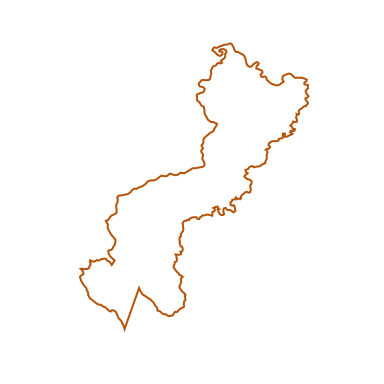 Amaralina, Goiás, Brazil (Robinson projection), rotated 112°
{"feature_id": "56859067B2639795556258", "entity_name": "Amaralina", "entity_type": "district", "adm_level": 2, "iso_a3": "BRA", "parent_name": "Brazil", "parent_adm1": "Goiás", "projection": "robinson", "projection_center": [-49.631, -13.842], "detail": "fine", "context": "isolated", "style": "outline", "palette": "amber", "viewbox_px": 384, "rotation_deg": 112, "n_neighbors": 0, "source": "geoboundaries", "source_scale": "gbopen_adm2", "svg_char_len": 6019}
<svg xmlns="http://www.w3.org/2000/svg" viewBox="0 0 384 384"><g transform="rotate(112 192 192)"><path d="M143.3,139.6L141.4,137.9L139.7,136.9L137.8,134.9L136.6,135.3L133.2,135.2L131.6,135.7L130.3,136.4L129.0,136.7L127.3,136.7L126.0,137.5L125.1,139.5L123.8,138.4L122.9,136.9L120.9,136.4L119.9,138.6L117.9,138.9L115.2,137.0L114.1,135.2L113.6,133.3L112.6,131.7L111.6,131.0L110.4,131.5L109.3,130.2L108.6,128.8L107.2,128.1L103.8,129.6L103.1,127.5L105.0,127.2L106.0,126.3L105.2,124.8L102.3,122.3L101.5,121.3L100.3,120.6L99.8,123.5L98.2,123.3L97.8,121.6L96.9,120.0L95.2,120.1L95.6,122.4L94.2,123.5L93.5,125.8L90.4,124.4L88.8,124.6L88.6,122.9L87.7,121.1L86.0,121.6L84.9,122.4L84.0,123.5L81.9,123.5L80.5,124.2L80.7,122.9L79.6,121.9L77.7,123.1L75.6,123.2L73.4,121.7L70.4,120.1L69.8,118.5L68.2,118.4L66.7,117.6L65.6,118.1L63.9,121.3L62.5,121.9L61.6,120.6L59.5,119.9L58.3,122.1L56.0,124.5L54.1,124.2L52.5,123.2L50.8,124.2L49.5,124.5L50.0,128.1L48.2,128.8L46.6,127.4L45.1,127.4L44.7,129.3L44.8,132.6L47.5,139.4L47.0,141.2L46.3,142.6L45.7,144.4L45.7,146.1L46.4,147.3L49.5,150.4L50.9,151.2L53.5,150.5L54.5,149.6L55.2,148.4L59.2,150.7L60.2,151.5L61.0,152.4L61.5,154.0L61.9,157.6L61.7,159.9L59.9,164.6L57.8,166.2L57.5,167.8L58.5,169.0L59.2,170.7L57.5,172.4L56.1,171.7L54.6,171.4L53.4,172.4L53.2,174.2L53.4,178.7L51.0,179.2L49.3,178.4L47.9,178.2L47.0,180.2L48.8,181.8L50.5,182.9L53.1,183.7L54.4,185.3L54.0,187.4L53.4,188.9L50.5,191.0L47.8,192.8L46.4,194.4L45.5,196.5L45.3,199.6L44.9,201.6L45.6,203.9L45.1,205.1L41.8,208.2L39.8,211.0L40.2,212.8L41.8,214.3L43.9,217.9L45.3,219.0L46.8,221.0L48.3,222.2L49.2,223.2L49.5,225.5L51.2,226.3L53.0,226.3L53.5,224.0L55.4,219.5L55.4,217.5L54.7,216.2L52.8,215.4L50.9,216.2L50.8,218.0L51.5,219.2L50.4,219.8L48.9,218.8L47.7,216.2L47.7,214.3L48.2,213.1L49.4,212.4L51.7,213.0L53.3,212.2L55.0,211.9L56.6,212.5L58.5,213.9L60.0,214.3L61.0,212.6L62.3,214.0L62.5,216.0L63.5,216.8L64.8,216.9L65.9,217.5L67.4,219.2L68.9,219.8L70.5,219.7L72.6,220.0L74.7,218.6L78.5,218.1L80.0,217.6L81.7,218.2L83.3,221.2L83.5,222.6L84.7,224.9L88.6,226.3L90.1,225.8L91.1,224.3L90.8,222.1L90.8,220.2L91.8,218.7L95.1,218.7L97.7,222.0L99.8,223.9L101.1,223.7L102.3,222.6L105.1,221.7L106.1,218.5L107.9,216.4L108.5,214.8L108.5,213.0L110.3,212.0L111.3,211.1L113.0,210.6L114.0,209.8L115.2,209.3L117.0,206.5L118.0,205.8L119.2,203.8L120.0,200.4L119.2,198.9L119.2,196.8L119.5,194.3L121.8,194.3L125.7,195.1L127.2,194.9L129.2,196.2L130.1,197.1L136.0,200.3L138.6,201.1L141.8,200.1L143.3,200.0L145.3,200.7L147.4,198.1L150.3,199.0L151.8,197.9L153.0,195.9L154.8,195.3L156.6,195.2L157.7,194.6L158.7,193.2L161.1,190.8L162.8,190.5L164.6,191.5L165.6,193.0L168.7,197.8L169.8,200.4L174.0,203.4L177.5,206.2L178.5,210.0L181.5,211.8L182.5,213.3L183.0,215.3L183.0,217.6L183.4,219.6L186.8,221.3L187.8,224.0L188.3,226.6L193.3,229.4L195.7,231.8L196.1,233.4L197.9,236.2L199.3,237.4L200.5,237.4L203.0,238.6L206.0,241.0L208.3,243.6L209.9,244.6L210.5,246.7L212.2,248.1L214.9,248.8L217.7,250.5L218.7,251.7L219.6,253.4L220.5,254.4L223.0,258.8L225.0,259.4L226.0,258.5L228.2,257.4L229.8,257.2L231.8,257.5L233.2,257.2L237.5,254.9L239.4,254.2L241.1,255.1L243.9,257.7L245.9,258.6L249.2,259.2L251.1,261.1L253.1,258.3L254.1,257.6L256.2,257.1L258.1,255.6L261.6,251.3L264.6,245.5L265.9,244.6L269.5,243.8L272.6,244.5L274.8,244.6L276.1,245.4L277.1,247.0L278.3,247.6L279.6,246.7L281.6,244.8L282.4,243.6L283.4,241.2L284.3,238.1L289.7,239.1L288.2,241.1L287.4,243.4L287.3,245.3L286.2,246.7L286.6,248.3L288.3,251.0L289.3,251.6L290.8,253.4L290.8,255.0L292.5,255.8L293.7,257.7L293.4,259.4L293.5,260.9L295.4,260.4L296.4,259.0L297.9,258.9L299.0,259.3L301.1,258.9L302.6,260.3L304.1,263.5L304.2,265.2L305.0,266.4L305.5,264.9L307.2,262.7L308.7,261.9L311.5,263.9L313.0,264.0L314.1,262.9L315.6,261.9L318.8,257.6L320.8,253.7L322.4,253.0L323.5,251.3L325.1,250.2L326.5,249.7L327.4,248.3L328.6,247.3L331.3,238.0L331.3,235.9L330.6,234.2L331.4,232.3L331.4,228.7L332.2,227.1L333.4,223.7L333.1,222.4L331.7,222.0L331.1,220.3L331.5,218.2L333.0,216.2L336.3,213.1L337.2,211.4L337.7,209.8L338.9,208.3L340.2,207.2L340.8,206.0L341.9,205.4L342.9,204.1L344.2,203.2L300.8,205.1L302.6,203.4L305.4,199.7L306.3,194.8L306.9,193.0L307.0,190.7L308.0,188.8L308.6,186.8L311.3,183.3L311.9,181.8L312.9,180.6L314.9,179.6L314.6,177.5L315.2,175.2L315.9,173.7L315.9,172.3L315.1,170.5L315.7,168.6L315.9,167.0L315.0,165.9L313.9,163.8L309.5,162.9L309.1,161.4L308.0,160.3L306.4,160.2L304.4,158.9L301.9,156.6L300.5,156.6L299.1,157.7L296.3,158.3L294.5,157.6L291.0,159.6L289.8,159.4L288.6,161.6L288.2,163.5L285.7,167.3L284.3,168.4L281.6,168.1L279.0,168.4L277.5,169.3L275.9,169.8L274.2,168.9L273.4,170.6L273.5,172.8L272.3,174.1L271.8,175.8L271.0,177.4L268.7,181.0L267.1,181.4L265.4,181.1L263.5,181.7L262.3,180.4L261.0,180.5L259.7,181.0L258.3,181.8L257.0,182.9L256.1,183.8L255.6,181.9L254.8,180.1L253.9,179.0L252.7,179.3L251.7,180.3L250.6,178.9L248.7,179.0L246.6,180.5L246.7,182.1L245.4,182.9L244.0,184.5L242.3,184.6L241.2,185.8L238.4,186.4L237.1,185.6L235.5,186.5L232.8,186.2L231.5,185.7L229.3,186.2L227.7,187.3L226.1,188.0L224.3,189.1L221.8,188.3L221.1,186.9L219.7,186.1L219.2,184.3L218.0,184.5L215.3,182.0L214.3,180.0L213.8,178.2L214.8,177.1L214.4,175.1L212.5,175.1L211.2,173.9L210.0,173.9L209.2,172.0L207.0,169.1L206.4,164.4L204.4,164.9L202.8,165.6L202.0,164.5L200.3,163.9L199.1,164.7L198.8,166.2L197.0,164.6L195.9,162.7L197.2,161.9L197.7,160.4L198.6,161.7L200.4,160.1L201.9,158.2L202.4,156.2L201.6,154.5L200.2,153.9L198.7,155.6L195.5,156.4L194.1,154.9L195.4,152.7L194.4,149.9L195.3,145.9L193.1,144.7L189.2,147.3L188.6,148.5L189.7,149.7L189.5,151.4L187.3,152.4L185.6,151.6L184.1,151.7L183.0,149.7L180.7,149.2L182.1,147.9L180.4,146.3L180.6,144.6L179.5,144.2L178.0,144.9L175.8,144.5L174.3,143.3L172.3,142.5L171.3,141.1L171.4,139.2L170.3,138.0L168.0,138.3L164.3,140.5L161.9,140.0L160.0,140.6L159.3,141.7L159.0,143.1L159.3,144.9L158.9,147.0L158.3,149.2L156.8,149.2L153.7,147.5L153.3,149.5L151.7,150.7L149.6,148.6L147.4,148.1L145.3,145.9L145.9,143.9L144.7,142.3L143.3,139.6Z" fill="none" stroke="#b45309" stroke-width="2"/></g></svg>